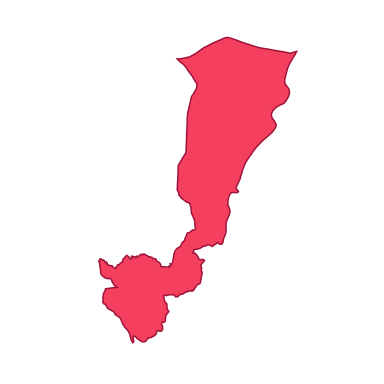 Vale de São Domingos, Mato Grosso, Brazil, rotated 9°
{"feature_id": "56859067B20477849256600", "entity_name": "Vale de São Domingos", "entity_type": "district", "adm_level": 2, "iso_a3": "BRA", "parent_name": "Brazil", "parent_adm1": "Mato Grosso", "projection": "orthographic", "projection_center": [-58.989, -15.026], "detail": "fine", "context": "isolated", "style": "filled", "palette": "rose", "viewbox_px": 384, "rotation_deg": 9, "n_neighbors": 0, "source": "geoboundaries", "source_scale": "gbopen_adm2", "svg_char_len": 6078}
<svg xmlns="http://www.w3.org/2000/svg" viewBox="0 0 384 384"><g transform="rotate(9 192 192)"><path d="M273.4,36.7L268.7,38.9L267.7,39.5L258.4,39.2L252.1,39.2L245.3,39.0L237.9,39.0L236.3,39.0L233.2,38.7L230.7,38.3L218.0,36.3L215.2,35.7L210.4,34.7L209.4,34.6L207.9,34.2L206.2,34.1L205.0,33.9L203.8,33.8L201.5,34.1L199.2,35.3L195.4,37.8L193.1,39.2L189.6,41.5L186.6,43.6L185.0,44.9L181.4,47.3L180.1,48.6L177.8,50.8L176.8,51.9L175.2,53.4L174.5,54.2L168.6,58.8L167.5,59.3L163.9,60.8L161.4,61.7L159.3,62.3L157.5,62.7L156.5,62.9L158.3,64.3L159.8,65.3L163.9,67.5L165.0,68.5L167.1,70.5L168.2,71.6L169.5,73.1L173.2,76.7L174.6,78.1L175.5,79.4L176.7,80.8L177.8,82.3L179.7,84.1L180.1,85.3L180.3,87.9L180.1,89.2L179.8,90.3L179.1,92.0L178.3,94.3L176.7,97.6L176.5,99.4L176.2,102.7L176.1,105.2L176.0,106.3L175.9,107.5L175.8,109.4L175.7,111.3L175.4,113.6L175.6,118.0L175.8,121.0L176.2,122.3L176.6,126.3L176.7,127.4L177.0,129.6L178.2,140.2L178.4,141.2L178.6,143.5L178.8,144.7L179.5,150.3L179.7,153.0L179.6,154.7L177.5,159.7L175.1,165.7L174.3,167.8L176.1,182.7L176.3,185.6L177.1,192.3L178.1,193.6L178.9,194.7L179.2,195.7L179.4,196.8L182.8,200.0L185.1,201.1L188.1,202.8L189.6,203.1L191.0,203.1L191.9,204.4L192.6,206.1L193.5,207.4L193.7,209.2L194.3,210.6L194.5,212.1L195.0,213.5L196.0,214.7L198.2,218.3L199.4,220.8L200.2,224.5L200.5,226.3L201.4,228.0L200.8,228.9L199.6,229.3L198.5,229.3L197.8,230.4L196.9,231.1L196.2,232.1L195.1,232.8L194.1,233.1L193.4,234.0L193.4,235.1L193.2,236.2L192.8,237.5L192.4,239.2L192.3,240.7L191.4,242.2L190.3,243.2L190.0,244.4L189.6,245.6L189.3,246.7L189.1,247.8L188.0,248.5L186.5,249.6L185.6,250.8L184.9,252.1L184.4,253.6L183.8,256.4L183.9,257.5L184.0,259.0L183.9,260.8L183.9,264.0L183.2,266.4L181.8,266.4L182.4,267.3L182.0,268.7L180.9,268.6L181.1,270.1L179.5,270.0L178.2,270.1L176.8,270.1L175.6,270.2L174.2,270.6L172.6,270.3L172.5,268.8L171.6,267.5L170.1,266.5L168.6,266.0L167.6,265.3L167.2,264.2L166.1,263.6L164.9,263.7L163.7,264.0L162.7,262.7L161.2,262.8L160.2,262.5L159.2,263.0L158.4,262.1L157.3,261.7L155.9,261.4L154.5,260.7L153.4,261.0L153.0,262.0L151.5,261.3L150.8,262.2L149.8,263.0L149.3,264.2L147.7,263.9L147.7,265.3L146.6,265.7L145.8,264.8L144.6,264.9L142.3,264.8L142.3,266.1L143.1,266.9L142.2,267.9L140.7,267.2L139.8,266.0L137.7,264.8L136.6,265.6L135.2,268.1L134.2,269.6L134.5,271.4L133.4,272.6L132.1,273.7L131.8,275.1L130.4,275.4L129.5,276.2L129.3,277.3L128.9,278.3L128.7,279.4L127.7,279.5L126.8,278.8L125.4,278.4L124.5,277.3L123.5,277.6L122.1,277.4L121.0,277.0L119.8,276.9L119.4,275.5L118.4,274.6L117.5,275.2L116.5,273.9L115.3,273.0L114.2,273.5L112.3,272.1L111.4,272.8L111.3,273.9L110.6,274.8L111.6,276.2L112.1,277.4L112.2,278.6L113.1,281.0L113.6,282.4L114.4,286.0L115.1,287.6L116.0,288.4L118.1,289.8L120.1,290.6L122.1,290.8L123.5,290.6L125.3,290.3L126.2,291.1L127.0,292.9L127.9,294.0L129.5,296.0L130.6,296.7L132.7,297.8L121.8,301.1L121.6,302.9L120.8,305.2L120.4,306.8L120.5,308.2L120.3,309.8L120.7,311.0L121.2,312.4L120.9,314.0L122.1,316.1L123.0,316.3L124.1,316.7L124.9,317.5L125.5,318.6L127.0,320.2L132.8,322.3L133.7,322.7L135.3,325.0L137.1,325.9L138.6,326.5L139.6,326.9L140.5,327.6L141.5,328.7L142.9,331.1L143.7,332.3L145.1,334.3L146.6,336.0L149.1,337.8L150.2,338.9L152.0,341.0L152.8,342.2L154.7,347.0L156.9,350.2L157.8,349.4L157.8,348.1L157.1,346.5L156.5,344.8L156.6,343.7L157.6,343.5L158.8,343.8L159.9,344.6L160.8,345.4L163.4,346.6L164.9,347.3L165.8,347.6L167.1,347.7L168.4,347.4L169.3,346.9L170.1,346.0L171.2,343.9L172.2,342.8L173.4,342.5L174.7,341.9L176.6,340.4L177.8,339.3L178.6,338.1L179.0,336.8L179.0,335.3L179.8,334.2L181.2,334.5L182.5,334.6L183.6,334.1L184.2,333.1L184.5,331.9L184.3,330.5L183.8,329.3L183.4,328.3L182.5,327.1L182.7,325.5L184.4,325.2L185.5,324.4L185.8,322.9L185.4,320.4L185.6,318.4L186.1,316.8L186.6,315.9L187.4,314.5L187.7,313.4L186.3,312.1L185.6,311.1L184.7,306.5L182.9,305.0L181.7,303.4L181.2,301.7L180.7,300.4L180.4,299.0L181.5,298.1L182.9,298.4L184.6,297.4L185.8,297.1L186.9,296.9L188.1,296.6L189.6,296.6L191.1,296.8L191.9,298.1L194.5,297.6L195.2,296.3L196.3,294.9L197.7,294.9L198.7,294.3L200.9,292.3L202.4,291.4L203.9,290.9L205.6,289.7L207.1,290.1L208.4,289.3L209.4,288.2L209.6,287.1L210.4,285.5L211.3,283.6L211.9,282.7L213.2,281.9L214.3,281.0L214.5,279.8L214.5,277.8L214.6,275.8L214.5,273.2L214.7,271.7L214.8,270.6L214.4,269.5L213.3,267.3L213.4,265.6L212.7,263.9L212.0,262.9L215.1,257.7L214.2,257.2L213.0,256.9L210.2,257.6L208.7,256.3L207.5,254.4L206.0,253.0L204.5,252.0L203.2,252.1L202.2,252.0L203.0,249.6L203.0,248.5L204.2,248.1L206.0,247.7L209.1,246.2L209.9,245.4L211.1,244.4L212.0,243.8L213.1,243.3L214.1,243.1L215.3,242.0L216.4,241.9L217.6,241.5L219.0,242.0L220.4,242.7L221.4,241.9L222.3,240.7L223.7,239.8L224.1,238.6L225.3,238.3L226.5,238.8L227.8,239.1L229.3,239.1L230.4,237.3L230.4,234.9L230.4,233.7L230.9,231.5L231.5,229.4L231.8,226.8L231.6,224.9L231.5,223.2L231.1,221.3L230.8,219.0L230.6,217.3L230.8,214.8L231.4,212.5L232.1,209.8L232.4,208.2L232.6,206.7L232.6,205.2L232.3,204.1L231.7,202.8L230.9,201.4L229.6,199.4L229.3,197.9L229.0,195.9L228.9,193.3L229.1,191.1L229.6,188.9L230.4,187.3L231.9,186.1L233.0,186.1L235.2,185.8L236.9,185.5L237.9,184.4L234.5,180.8L235.5,178.5L235.9,177.2L236.4,175.5L236.7,174.5L237.0,173.2L237.5,171.4L237.6,169.5L237.8,168.0L238.0,166.6L238.2,165.0L238.6,162.2L239.0,160.2L240.2,155.2L240.6,153.9L241.2,152.5L242.3,150.2L242.8,148.8L243.5,147.6L245.3,144.1L245.8,142.7L246.9,140.7L247.7,139.4L248.3,138.1L249.1,136.9L250.1,135.5L250.8,134.5L252.2,132.3L253.6,130.4L255.8,127.8L257.0,126.4L260.6,122.0L261.7,120.6L262.7,118.9L263.6,117.2L264.1,116.1L264.6,114.4L264.6,112.5L264.0,111.2L263.1,110.1L262.2,108.9L261.0,107.8L259.7,106.5L258.8,105.0L258.3,103.1L258.5,101.1L259.3,99.0L259.9,97.9L260.6,96.9L262.1,95.1L263.2,94.1L265.3,92.4L266.5,91.6L267.9,90.8L269.2,89.7L270.6,87.2L271.4,85.3L272.4,82.5L272.6,81.1L272.8,79.6L272.7,78.3L272.3,77.0L271.6,75.4L270.2,73.6L268.8,72.4L267.7,71.3L266.9,70.1L266.2,68.2L266.0,66.5L266.3,62.3L266.4,61.3L267.1,54.9L267.9,51.4L268.7,49.0L270.3,45.0L271.1,42.9L272.4,39.9L273.4,36.7Z" fill="#f43f5e" stroke="#9f1239" stroke-width="1.5"/></g></svg>